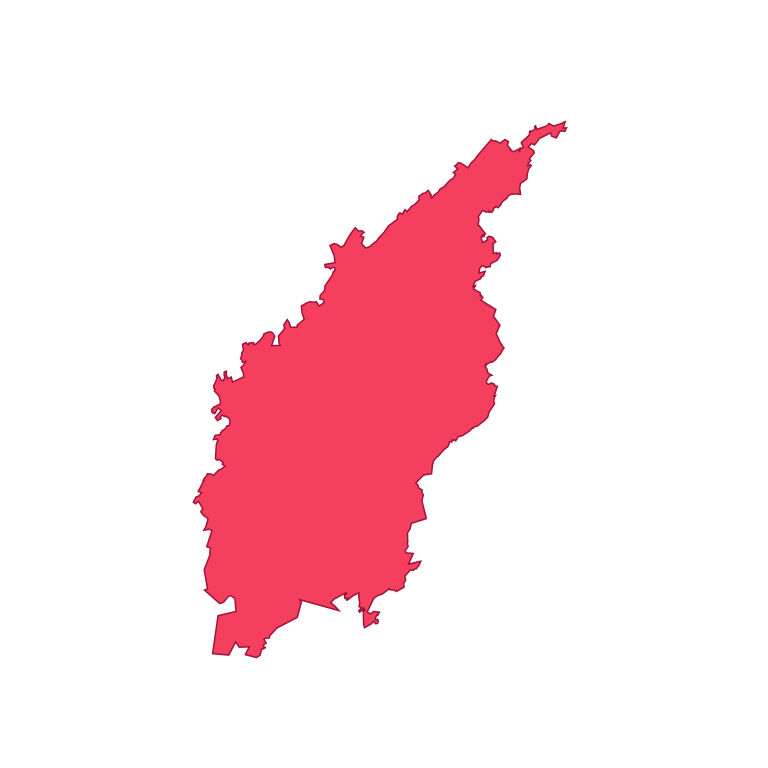 outline of San Carlos, Córdoba, Colombia, rotated 217°
{"feature_id": "7082276B45851614752586", "entity_name": "San Carlos", "entity_type": "district", "adm_level": 2, "iso_a3": "COL", "parent_name": "Colombia", "parent_adm1": "Córdoba", "projection": "equal_earth", "projection_center": [-75.703, 8.685], "detail": "fine", "context": "isolated", "style": "filled", "palette": "rose", "viewbox_px": 768, "rotation_deg": 217, "n_neighbors": 0, "source": "geoboundaries", "source_scale": "gbopen_adm2", "svg_char_len": 6161}
<svg xmlns="http://www.w3.org/2000/svg" viewBox="0 0 768 768"><g transform="rotate(217 384 384)"><path d="M409.0,691.4L409.1,688.8L409.9,687.1L415.3,679.2L418.3,681.4L418.6,680.2L416.7,678.7L418.6,673.6L419.5,674.1L419.8,673.5L417.8,670.3L419.7,659.4L415.2,656.8L416.0,654.6L417.9,654.6L417.0,654.3L415.5,650.7L417.8,652.6L420.1,647.8L423.6,646.7L423.9,647.7L429.1,648.9L430.4,652.4L434.5,652.1L436.2,646.2L441.1,645.3L443.9,643.4L445.4,643.9L446.8,621.6L446.6,618.1L447.5,612.7L447.0,607.2L455.9,606.6L458.1,605.1L457.8,603.3L458.8,600.7L454.4,600.0L456.0,594.6L453.1,594.5L452.5,590.3L453.9,586.6L454.9,577.0L456.6,573.5L456.2,570.1L457.6,565.5L457.8,561.2L460.1,562.3L460.0,563.4L465.2,565.2L466.2,561.1L467.5,559.9L469.1,554.9L466.7,552.0L467.5,545.9L469.0,542.2L469.2,535.6L472.2,535.9L471.5,530.6L474.3,530.3L474.6,529.1L474.3,525.9L472.5,523.5L475.6,512.9L475.2,505.3L476.0,498.4L476.0,492.9L476.8,491.2L478.1,485.2L480.3,481.6L486.3,482.5L488.4,489.0L491.7,488.1L491.8,491.4L491.2,493.1L493.9,493.0L496.4,490.8L501.0,491.5L501.1,484.3L499.4,470.6L500.5,467.5L505.9,467.2L508.5,465.8L510.5,462.1L500.8,456.3L496.1,451.5L503.2,443.8L501.0,441.8L498.6,443.6L496.0,443.6L495.4,445.9L494.2,447.1L493.2,447.3L492.0,445.7L491.4,444.5L492.1,443.2L490.8,439.9L490.2,427.0L487.7,422.9L488.3,416.4L486.4,413.3L483.2,414.9L481.0,413.4L482.5,407.3L487.8,409.0L488.7,407.4L492.5,405.2L494.1,403.1L497.0,396.6L492.1,391.4L486.7,387.6L488.8,378.8L487.4,377.3L492.6,373.1L496.4,375.9L500.0,377.2L499.6,371.0L496.7,368.4L497.2,358.9L492.5,353.6L490.2,352.3L496.8,346.9L499.9,356.3L503.5,357.7L505.6,357.6L507.8,355.7L510.0,351.6L509.2,349.1L509.2,344.9L510.3,338.8L511.4,337.1L513.1,338.6L516.6,335.2L515.5,334.2L516.5,333.4L519.1,334.1L520.9,330.5L516.6,326.4L516.3,323.1L514.8,321.1L513.8,317.9L511.7,317.5L510.1,316.1L508.0,318.7L507.6,313.8L508.2,311.1L502.7,307.9L500.3,305.2L506.1,294.4L510.2,297.6L512.1,294.1L515.5,296.6L517.6,299.3L518.8,297.3L516.6,294.3L515.5,294.6L514.2,290.1L514.9,290.2L515.9,288.8L522.3,291.8L522.9,289.9L520.6,287.6L518.9,280.0L517.3,278.3L515.7,278.3L515.4,276.4L508.5,275.1L503.9,271.5L502.9,269.0L506.1,263.1L506.2,259.6L504.0,257.7L501.4,258.4L502.2,264.8L497.9,264.9L498.6,255.7L494.9,254.6L493.4,258.4L494.9,258.7L494.6,261.7L491.9,262.0L491.8,262.9L487.0,263.4L484.5,261.6L482.6,257.7L484.3,255.9L483.8,253.4L484.2,251.2L485.2,249.8L484.7,248.0L485.2,247.0L484.4,244.9L487.9,241.3L486.8,237.0L484.8,239.2L483.0,239.4L481.4,234.6L473.6,222.9L471.2,222.7L470.6,224.5L465.1,224.6L465.1,222.6L461.5,222.6L462.9,217.8L464.3,215.5L465.1,208.4L467.7,208.1L471.0,206.1L470.5,203.6L470.7,199.4L470.3,197.9L469.7,198.2L467.7,186.4L464.3,187.5L464.3,183.5L466.1,180.6L465.1,174.8L462.5,174.8L461.5,178.8L453.5,175.2L453.6,172.1L452.9,171.5L449.1,170.4L443.5,170.6L440.4,163.0L439.9,158.8L436.4,162.5L433.3,163.7L427.7,147.4L423.9,148.6L421.6,144.3L420.3,143.2L415.8,127.4L401.6,114.2L403.4,111.4L383.1,109.8L380.9,113.1L380.4,120.7L379.5,122.4L377.9,122.9L373.8,122.8L365.3,113.3L377.1,99.1L358.6,65.5L344.8,74.1L347.3,88.6L341.2,86.7L333.4,93.0L331.9,84.4L321.2,88.8L319.7,92.9L322.2,98.5L320.8,100.0L321.2,100.8L320.1,101.6L320.3,102.1L321.3,101.4L323.3,103.3L322.2,106.2L326.4,108.0L325.6,109.7L322.8,112.0L323.7,114.3L322.7,124.6L312.8,145.4L318.7,160.1L321.5,161.0L283.7,175.9L290.1,177.2L294.9,177.1L294.5,182.0L288.7,194.5L287.6,194.1L288.4,191.6L287.4,190.4L286.0,189.2L284.3,190.8L283.9,189.1L283.2,189.3L281.1,196.8L278.2,202.2L275.8,198.5L271.6,194.6L269.9,191.1L267.3,191.9L267.6,187.5L266.0,187.1L265.5,192.8L264.8,192.5L265.0,189.9L264.2,189.9L264.0,192.4L263.3,192.3L263.4,189.8L260.0,185.1L255.3,179.5L252.9,177.7L250.0,184.2L249.4,188.0L246.4,187.5L245.4,188.5L245.1,189.6L246.4,191.8L247.5,192.2L249.0,190.4L249.7,191.0L250.7,194.9L249.8,195.6L250.4,199.0L255.5,195.9L256.3,192.3L260.3,191.9L263.2,206.9L261.5,211.5L258.8,215.6L256.6,223.7L255.2,223.3L251.9,225.6L249.3,225.6L245.7,233.8L248.4,236.8L248.6,240.3L251.7,243.1L251.0,251.5L248.5,252.7L248.1,255.1L247.0,255.8L247.0,260.7L248.0,264.6L256.0,254.9L258.6,266.3L264.8,262.4L266.8,263.8L266.9,268.7L269.8,271.0L269.7,271.8L275.7,279.3L275.9,283.7L278.3,289.2L269.2,302.0L283.4,313.5L285.8,319.0L288.6,320.3L289.7,322.3L293.9,321.9L296.2,323.8L299.0,324.0L297.6,335.1L292.0,340.9L296.9,349.1L298.1,352.9L298.1,356.4L297.3,358.8L296.6,368.4L295.2,372.0L296.1,375.8L296.9,376.8L296.6,377.7L294.9,378.5L295.9,380.2L294.5,380.8L294.6,381.8L292.5,381.8L293.0,386.2L290.1,390.3L287.5,397.8L286.9,401.8L286.2,402.2L286.4,403.8L284.1,406.6L281.8,415.5L281.2,419.9L283.2,424.7L283.8,434.8L285.8,436.1L287.7,439.3L288.0,441.7L288.8,440.5L292.0,450.2L294.0,449.5L296.8,450.3L297.8,449.4L298.6,449.7L300.3,446.6L301.8,446.3L303.4,447.2L304.1,448.9L304.7,453.6L303.1,455.9L307.6,455.3L310.9,457.9L314.4,459.1L313.5,460.8L313.8,461.4L314.6,461.1L314.6,461.8L313.4,462.4L312.1,465.7L310.8,466.3L309.5,470.6L309.6,475.1L309.0,478.5L309.5,479.5L309.8,485.0L312.8,485.6L313.8,486.6L314.5,486.3L324.6,491.6L326.9,500.8L337.3,503.9L339.5,510.8L356.9,509.2L357.3,512.7L360.1,513.4L360.1,512.4L362.2,514.8L369.6,513.7L370.2,517.5L371.6,515.4L372.9,521.1L370.1,526.6L371.0,527.9L369.7,530.3L371.0,534.9L374.9,529.8L377.2,534.0L376.9,537.6L372.2,538.5L372.0,539.5L369.8,541.5L371.2,544.4L368.0,551.0L368.5,556.7L370.5,558.4L372.1,555.9L373.2,556.7L375.2,554.0L381.2,561.6L380.4,564.9L385.8,566.5L389.1,565.2L389.8,562.9L388.1,561.2L390.4,556.4L394.6,559.4L394.9,561.7L393.5,561.1L392.9,562.5L394.1,563.4L393.3,565.0L403.3,567.8L404.3,567.4L407.6,573.2L409.2,573.8L409.8,582.0L405.7,582.8L404.3,585.2L403.8,584.3L401.2,586.3L401.3,589.0L402.3,590.5L401.4,592.2L401.6,593.1L399.0,593.4L398.6,597.7L399.0,598.0L399.1,601.2L397.7,606.4L397.9,609.1L397.3,611.1L393.5,614.9L389.0,617.7L393.3,621.7L395.7,626.2L393.3,633.8L395.8,637.7L397.9,642.9L397.8,646.9L399.3,647.1L400.6,644.8L401.5,647.2L401.3,651.0L403.5,651.2L403.1,659.0L405.0,660.4L411.4,660.0L411.0,664.8L407.7,665.5L407.6,673.7L402.0,684.9L399.4,682.8L394.5,684.2L395.6,691.3L394.7,693.0L391.5,694.6L392.5,698.5L394.9,696.1L397.2,702.5L399.7,697.8L404.0,691.9L409.0,691.4Z" fill="#f43f5e" stroke="#9f1239" stroke-width="1.5"/></g></svg>